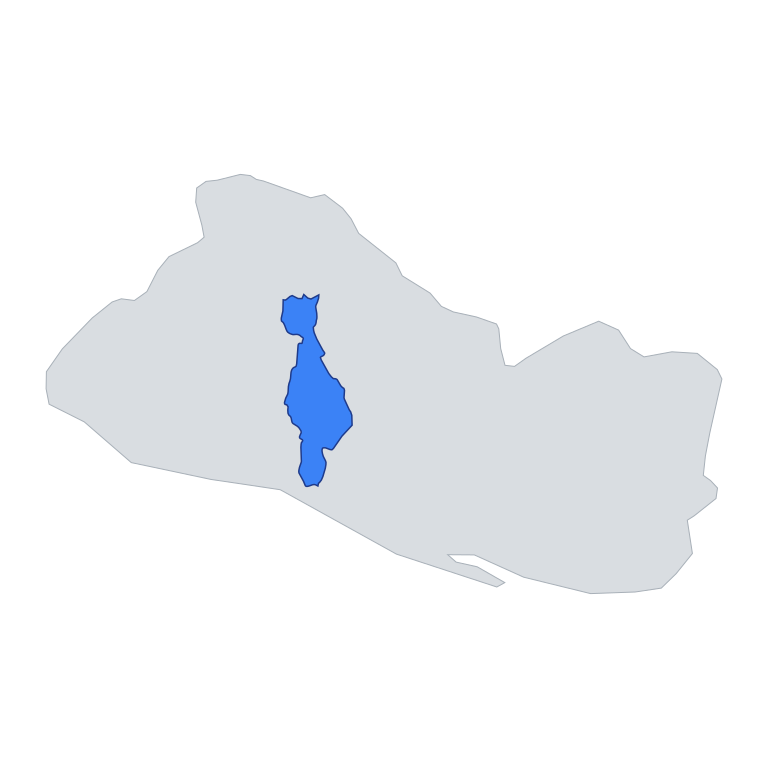 San Salvador on a map of El Salvador (Natural Earth projection)
{"feature_id": "SLV-1349", "entity_name": "San Salvador", "entity_type": "Department", "adm_level": 1, "iso_a3": "SLV", "parent_name": "El Salvador", "parent_adm1": "", "projection": "natural_earth1", "projection_center": [-89.179, 13.778], "detail": "fine", "context": "in_parent", "style": "filled", "palette": "blue", "viewbox_px": 768, "rotation_deg": 0, "n_neighbors": 0, "source": "natural_earth", "source_scale": "10m", "svg_char_len": 3332}
<svg xmlns="http://www.w3.org/2000/svg" viewBox="0 0 768 768"><path d="M256.3,179.4L263.4,181.0L310.6,197.8L324.7,194.6L342.6,208.2L351.1,218.8L358.7,233.4L395.9,262.9L402.2,275.8L430.1,293.1L441.4,306.4L453.2,311.9L476.5,317.0L496.5,324.0L498.8,328.9L500.7,348.6L505.0,365.3L514.5,366.4L525.9,358.3L563.3,336.0L598.7,321.2L618.6,330.1L630.5,348.6L644.0,356.9L671.9,351.8L697.3,353.4L717.3,369.6L721.9,379.0L709.8,432.9L705.4,455.9L703.3,475.4L710.5,480.5L717.5,488.0L716.0,498.5L694.2,515.8L687.3,520.2L692.4,553.5L676.2,573.6L661.3,588.1L635.1,592.0L590.6,593.6L523.7,577.2L474.3,554.9L447.7,554.7L456.1,562.1L477.2,566.8L504.8,582.6L496.8,587.0L396.4,554.1L280.2,489.7L210.8,479.4L131.3,462.6L84.3,421.9L49.1,404.2L46.1,388.8L46.4,371.7L62.4,348.8L92.3,317.9L112.1,302.0L121.3,298.8L134.4,300.5L146.9,291.6L157.8,270.3L169.0,256.6L197.6,242.7L204.1,237.2L201.9,225.3L195.7,202.2L196.7,188.0L206.0,181.4L217.2,180.2L240.4,174.4L250.4,175.6L256.3,179.4Z" fill="#d9dde1" stroke="#a8b0b8" stroke-width="1"/><path d="M318.8,294.9L318.6,298.1L317.4,302.0L316.0,305.2L315.7,306.3L315.8,307.7L316.7,313.1L316.9,316.3L316.9,317.0L316.9,317.3L316.8,318.7L316.3,320.5L316.1,322.4L315.9,323.3L315.7,324.1L314.9,325.5L314.4,326.0L313.9,326.5L313.5,326.9L313.3,327.4L313.6,330.3L314.2,332.8L316.8,339.1L322.7,350.0L324.5,352.6L324.7,353.3L324.2,354.5L323.7,355.2L322.9,355.8L320.9,356.8L320.4,357.4L321.2,359.9L328.7,373.4L331.3,376.8L333.3,378.6L335.1,378.7L335.9,378.9L336.6,379.2L337.2,379.7L340.7,385.7L341.9,387.0L343.0,387.9L343.7,388.2L344.2,389.1L344.5,390.5L344.0,397.7L344.4,399.2L349.3,409.9L350.7,411.9L351.2,413.6L351.8,415.3L352.1,425.2L341.9,436.2L333.4,448.5L331.9,449.8L331.1,449.7L330.2,449.6L325.7,447.9L324.8,447.8L323.9,447.8L323.1,447.9L322.5,448.3L322.1,449.4L322.0,450.9L322.5,453.8L323.3,456.4L325.5,460.8L326.0,462.4L325.9,464.7L325.3,468.3L322.9,476.5L321.4,480.0L319.4,482.6L318.5,483.2L317.9,486.0L315.8,484.9L315.1,484.7L314.1,484.5L312.4,484.8L309.4,485.9L307.8,486.3L307.0,486.4L306.1,486.3L305.5,485.9L305.1,485.2L303.5,481.3L299.0,473.0L298.8,471.7L298.9,470.2L299.5,467.3L301.3,462.1L301.4,461.1L300.9,447.4L301.1,444.3L301.5,442.4L302.1,441.9L302.5,441.2L302.7,440.5L302.3,439.7L300.2,438.5L299.6,437.8L299.5,436.8L300.2,434.9L301.1,433.0L301.2,432.0L300.9,430.7L299.0,427.8L297.8,426.6L297.3,426.2L293.3,423.7L292.7,423.2L292.1,422.3L291.7,420.8L291.2,418.2L290.8,417.1L290.3,416.3L289.2,415.4L288.7,414.8L288.4,414.1L288.0,413.2L287.8,410.1L288.1,406.8L286.7,404.7L285.8,404.6L285.1,404.4L284.6,403.7L284.5,402.4L285.7,398.2L287.7,394.1L287.9,393.2L288.1,391.8L288.4,386.5L289.0,383.5L289.9,381.0L290.5,378.5L291.0,372.7L291.3,371.2L291.9,369.6L292.8,368.3L293.4,367.8L294.0,367.4L295.4,366.8L296.0,366.3L296.3,365.6L296.7,363.7L298.1,345.2L298.4,344.2L299.0,343.6L299.7,343.3L301.8,343.4L302.0,343.2L302.2,342.8L302.5,340.9L303.3,338.8L303.2,338.2L302.7,337.5L301.2,336.6L300.2,335.6L299.3,335.1L298.5,334.7L297.7,334.5L296.9,334.4L296.0,334.4L293.4,334.6L292.5,334.5L290.2,333.7L288.9,333.0L287.7,332.1L286.9,331.0L286.1,329.2L284.7,325.4L283.9,323.7L283.2,322.5L281.5,321.0L281.3,319.8L281.3,318.1L282.9,311.0L283.2,299.8L285.2,300.1L286.4,299.5L290.0,296.5L292.2,295.6L298.0,298.5L302.0,298.6L303.8,294.5L307.8,298.1L311.0,299.0L318.8,294.9Z" fill="#3b82f6" stroke="#1e3a8a" stroke-width="1.5"/></svg>